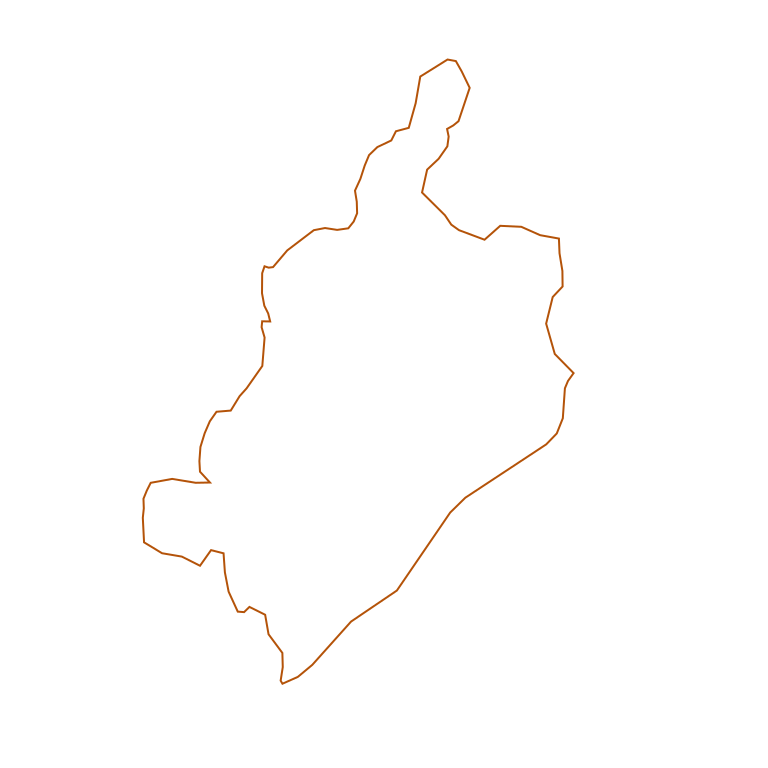 the border of Pleven, rotated 128°
{"feature_id": "BGR-2248", "entity_name": "Pleven", "entity_type": "Province", "adm_level": 1, "iso_a3": "BGR", "parent_name": "Bulgaria", "parent_adm1": "", "projection": "robinson", "projection_center": [24.614, 43.502], "detail": "fine", "context": "isolated", "style": "outline", "palette": "amber", "viewbox_px": 768, "rotation_deg": 128, "n_neighbors": 0, "source": "natural_earth", "source_scale": "10m", "svg_char_len": 1410}
<svg xmlns="http://www.w3.org/2000/svg" viewBox="0 0 768 768"><g transform="rotate(128 384 384)"><path d="M316.6,217.4L331.7,219.0L403.9,243.3L423.5,249.9L444.5,252.7L538.8,246.7L591.5,263.7L649.5,267.6L667.9,271.6L682.7,279.5L681.4,282.8L669.4,289.5L658.5,298.5L652.3,320.9L639.0,335.6L642.5,352.8L649.9,353.8L653.4,359.1L643.3,378.6L630.4,393.4L616.2,406.2L621.4,418.0L640.5,417.1L644.5,437.1L654.0,454.7L656.5,475.6L637.9,491.7L629.9,496.7L622.5,502.9L614.0,505.3L605.5,507.0L589.2,492.5L577.8,471.6L568.8,460.5L566.4,475.0L558.4,482.0L546.6,489.9L533.2,495.0L520.6,498.3L509.0,498.9L499.3,488.4L482.4,490.3L472.1,489.6L444.7,491.0L420.9,506.7L414.6,515.4L409.6,518.6L404.8,512.2L399.7,518.7L396.0,526.5L387.6,536.0L371.7,548.2L364.8,550.6L363.3,546.5L360.2,543.4L338.3,542.5L306.0,534.0L297.4,526.5L291.4,515.8L283.3,508.0L274.6,507.9L266.0,510.3L257.1,517.7L249.5,525.9L236.9,528.9L223.7,533.7L212.8,536.7L201.4,535.1L187.6,528.2L177.5,530.2L166.9,522.2L143.3,531.9L119.4,544.7L89.2,533.7L85.3,526.2L89.9,515.1L97.9,498.8L131.0,487.1L137.6,488.6L144.2,491.3L149.2,485.4L157.7,480.4L172.9,479.6L188.5,482.0L209.7,471.9L213.5,439.9L217.0,429.1L216.6,419.6L208.4,393.6L187.8,389.8L175.6,372.6L170.6,352.6L161.7,335.7L172.9,326.2L185.1,313.0L197.2,303.3L211.6,304.6L236.6,293.4L255.2,267.9L258.7,241.3L268.3,240.9L276.0,238.8L300.9,222.0L316.6,217.4Z" fill="none" stroke="#b45309" stroke-width="2"/></g></svg>